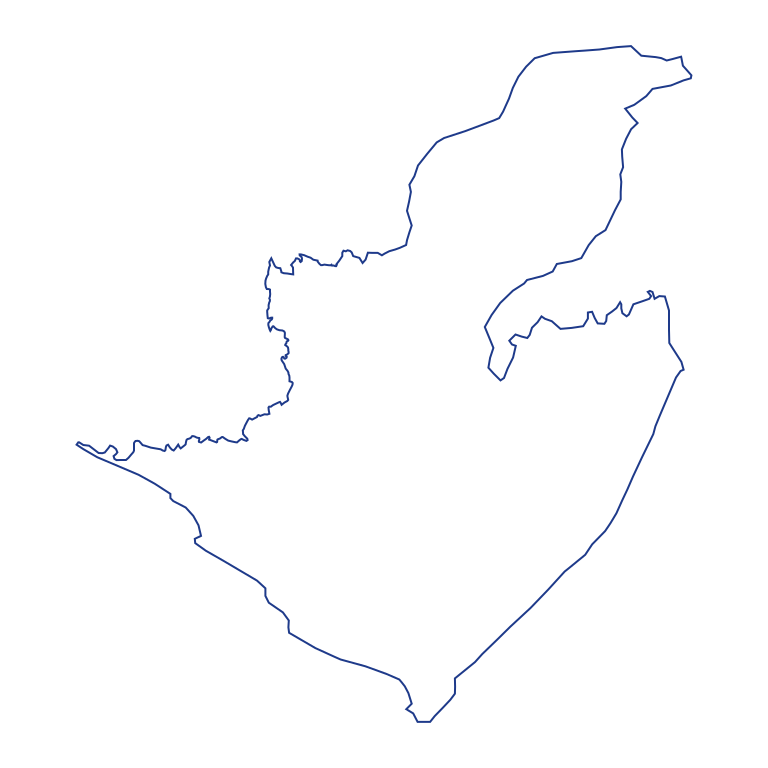 outline of Dugbe River, Sinoe, Liberia
{"feature_id": "62588387B59492535947478", "entity_name": "Dugbe River", "entity_type": "district", "adm_level": 2, "iso_a3": "LBR", "parent_name": "Liberia", "parent_adm1": "Sinoe", "projection": "natural_earth1", "projection_center": [-8.749, 4.981], "detail": "fine", "context": "isolated", "style": "outline", "palette": "blue", "viewbox_px": 768, "rotation_deg": 0, "n_neighbors": 0, "source": "geoboundaries", "source_scale": "gbopen_adm2", "svg_char_len": 6055}
<svg xmlns="http://www.w3.org/2000/svg" viewBox="0 0 768 768"><path d="M664.9,296.5L659.3,296.1L654.6,298.8L652.5,292.0L649.9,290.9L647.8,291.9L651.1,296.1L649.3,298.8L642.5,301.2L633.4,304.3L628.9,314.5L626.6,316.3L622.4,313.2L621.3,308.4L621.3,304.3L620.1,302.2L616.5,308.0L612.1,311.5L606.8,315.2L606.2,321.0L604.4,323.8L597.7,323.4L594.7,318.0L592.1,311.8L587.9,312.5L587.9,318.6L583.2,326.2L571.7,327.9L561.3,328.8L560.5,328.9L551.8,321.2L545.0,318.8L541.5,316.4L537.6,322.2L532.0,327.7L529.7,334.9L527.3,338.0L521.7,336.6L515.5,334.5L509.3,340.7L512.0,344.5L515.8,345.8L513.1,357.5L507.5,368.8L504.3,377.2L504.0,378.0L500.5,380.4L493.7,373.6L488.4,367.7L490.1,357.8L491.4,353.9L493.4,347.9L489.6,338.6L484.8,327.0L491.6,315.0L500.2,303.0L512.9,290.7L524.1,283.5L527.0,280.0L543.0,275.9L552.7,271.5L556.0,265.5L556.8,264.0L571.9,261.2L581.3,258.1L588.7,245.1L595.8,236.2L605.5,230.1L615.0,210.2L620.7,199.4L620.7,191.9L621.3,181.9L620.3,174.4L623.1,167.2L622.2,156.6L621.9,149.4L626.1,138.8L631.1,129.2L637.6,123.0L632.3,117.5L625.2,108.6L634.3,104.8L646.3,96.1L652.5,88.9L670.8,85.5L683.5,80.4L690.8,78.3L691.4,75.3L682.9,65.7L681.4,58.0L681.1,56.7L672.3,59.1L666.7,60.5L661.3,58.1L655.7,57.1L641.3,55.7L631.0,46.1L617.1,47.1L599.4,49.5L596.7,49.7L584.6,50.6L575.8,51.2L553.1,52.9L537.2,57.5L534.7,58.2L526.1,66.7L518.4,76.7L512.8,88.0L509.0,98.6L505.8,105.6L503.1,111.6L499.2,118.1L493.6,120.5L465.3,131.1L444.1,138.0L436.7,142.4L427.3,153.7L418.0,165.5L414.4,176.2L409.4,184.7L410.9,191.9L409.1,201.5L407.0,210.8L409.7,219.3L411.7,225.5L409.4,232.3L407.0,240.2L406.1,245.0L399.9,247.8L395.2,249.5L389.3,251.2L384.6,253.6L381.9,255.3L377.8,252.9L373.1,252.9L367.9,252.7L365.6,259.6L362.6,263.0L359.4,257.9L353.2,256.1L351.7,252.4L350.2,251.0L347.6,250.3L345.8,251.3L343.5,250.7L342.3,252.7L342.3,256.1L339.3,260.6L336.4,264.3L336.8,264.7L336.2,266.1L335.1,266.1L333.7,265.5L332.0,265.6L331.5,264.7L330.6,265.3L328.6,265.2L325.7,264.8L324.4,264.6L322.3,265.1L320.9,265.1L319.4,263.8L317.7,261.6L317.6,260.6L314.7,260.0L313.3,259.7L310.6,257.7L307.6,256.7L304.2,255.2L300.9,254.4L299.6,254.4L299.7,255.4L301.7,257.2L302.0,258.9L301.7,261.1L300.6,262.0L299.9,261.3L299.9,260.2L299.0,259.2L297.3,258.4L296.0,258.4L294.8,261.0L293.2,262.4L291.1,265.0L291.9,265.9L293.0,267.6L293.1,271.3L293.2,274.4L291.0,274.1L287.3,273.5L283.7,273.2L281.4,272.3L281.2,271.0L280.3,268.2L278.3,268.0L276.2,267.4L274.8,265.9L271.3,258.3L269.3,262.0L270.0,265.5L269.1,267.5L268.2,271.7L268.2,274.5L267.3,275.7L266.1,278.5L265.5,280.6L265.3,283.9L265.9,287.2L266.8,289.0L268.9,289.1L270.0,289.6L270.0,291.7L270.2,294.1L269.9,296.7L269.3,298.5L269.9,299.6L269.9,301.0L269.2,302.6L268.6,305.1L268.7,308.2L267.2,310.4L267.2,311.9L267.5,315.9L267.8,318.2L269.0,318.5L271.0,317.7L272.2,317.7L272.2,318.6L271.8,319.4L270.9,320.1L270.2,320.5L269.7,321.6L268.4,323.1L268.3,324.9L268.9,327.3L269.8,329.9L270.3,330.9L270.9,330.0L271.4,328.3L272.7,326.4L273.5,326.3L275.3,328.2L277.0,329.4L279.4,330.2L282.5,330.5L284.3,331.5L284.9,332.9L284.7,337.1L285.0,337.9L286.8,338.8L288.0,339.4L288.4,340.2L288.1,340.8L287.2,341.1L286.6,341.8L286.3,343.3L285.5,344.2L285.2,345.0L287.2,346.5L288.0,347.5L288.3,349.3L288.3,350.7L288.6,351.9L288.6,353.1L287.6,354.1L286.4,354.9L285.7,355.1L285.6,355.9L286.7,356.7L286.6,357.6L285.4,358.6L284.4,358.6L283.5,357.2L283.0,356.8L282.3,357.0L281.7,357.9L281.4,358.9L281.7,360.4L284.2,364.1L285.1,366.8L285.7,368.6L287.5,370.8L288.4,372.5L288.5,373.9L289.3,375.7L289.5,377.6L289.5,381.3L291.9,382.0L292.7,383.0L292.5,384.7L291.7,386.5L290.8,388.2L289.9,389.9L288.1,393.5L287.4,395.6L287.5,396.8L287.8,398.0L288.2,399.9L287.3,401.0L284.5,402.5L281.6,404.8L280.7,402.9L280.0,401.9L278.9,402.3L273.2,405.0L271.9,405.9L270.9,406.7L269.1,406.7L268.5,407.5L268.7,410.0L269.4,413.8L267.2,414.5L264.4,414.3L260.3,415.9L258.6,415.1L257.6,415.6L257.0,417.0L255.9,417.6L252.1,419.6L250.1,418.5L249.2,418.3L248.1,419.8L247.2,421.4L244.9,425.8L243.8,428.9L242.8,430.4L243.0,432.2L243.1,434.1L244.9,436.3L247.3,438.7L247.6,440.1L246.4,440.9L243.6,439.9L241.7,438.9L241.0,439.1L239.6,440.1L237.0,442.4L235.3,442.2L231.5,441.4L228.2,440.6L225.4,438.9L222.7,437.0L221.8,437.1L219.8,438.6L218.0,439.2L217.4,439.6L217.1,442.0L216.5,442.4L210.8,440.2L209.1,439.6L209.6,437.7L209.1,436.8L208.2,437.0L206.1,438.9L203.8,440.5L202.9,441.2L201.1,442.5L199.0,441.9L198.8,441.1L199.4,439.2L199.2,438.0L198.1,437.9L196.5,437.5L195.1,436.7L193.6,436.2L192.2,436.1L190.6,438.0L189.0,438.7L187.4,439.1L186.5,440.0L186.0,442.0L185.6,444.4L185.0,445.0L180.7,448.4L179.7,447.3L178.2,444.6L177.1,446.2L175.6,448.3L173.7,450.5L172.0,449.7L171.1,448.8L169.9,447.5L168.1,444.7L166.5,445.5L165.9,447.0L165.4,450.1L164.6,451.0L162.7,450.5L160.7,449.3L155.4,448.4L150.8,447.6L145.3,445.8L142.6,445.1L140.8,443.0L139.2,441.2L137.7,440.8L135.5,441.0L134.5,442.2L134.0,443.1L134.0,447.5L134.0,450.6L133.3,452.2L131.1,454.7L128.5,457.8L126.0,460.0L121.0,460.0L116.5,460.1L114.4,458.8L113.6,456.1L116.0,454.1L117.4,452.3L116.0,449.1L112.8,446.5L110.1,445.6L108.4,448.1L104.8,452.5L102.3,453.2L98.6,453.0L93.4,449.0L89.1,445.7L83.3,445.0L79.1,442.3L78.3,442.3L76.6,444.7L83.3,449.1L97.2,457.2L138.6,474.8L154.7,483.7L170.4,493.9L170.4,498.1L173.3,501.1L185.7,507.5L193.3,515.9L198.5,525.3L201.0,535.9L194.8,538.8L195.2,543.1L205.8,550.7L223.6,560.9L257.0,580.6L265.4,588.3L265.4,595.9L268.8,602.7L282.9,612.4L288.8,620.5L288.4,627.3L289.1,632.8L315.4,648.1L334.5,656.8L340.6,659.5L365.4,666.3L386.6,674.0L399.3,679.5L401.9,682.6L404.8,686.3L408.4,693.1L411.7,703.7L406.3,709.2L413.2,713.4L417.6,721.9L430.1,721.9L434.7,716.1L442.4,708.2L450.3,699.8L454.9,693.7L455.1,686.8L454.9,678.4L475.0,662.1L482.3,654.0L496.8,640.0L510.4,626.6L530.6,607.9L548.4,589.4L564.7,571.5L567.6,569.2L585.2,554.8L592.2,544.3L605.1,531.1L608.3,526.4L610.5,523.1L616.4,513.3L622.2,500.4L627.4,489.4L633.0,476.5L642.0,457.3L653.3,434.1L655.4,426.3L659.8,415.6L676.0,377.5L680.6,371.0L683.6,369.7L681.4,361.9L673.7,349.9L669.3,343.0L669.0,330.0L669.0,310.5L664.9,296.5Z" fill="none" stroke="#1e3a8a" stroke-width="2"/></svg>